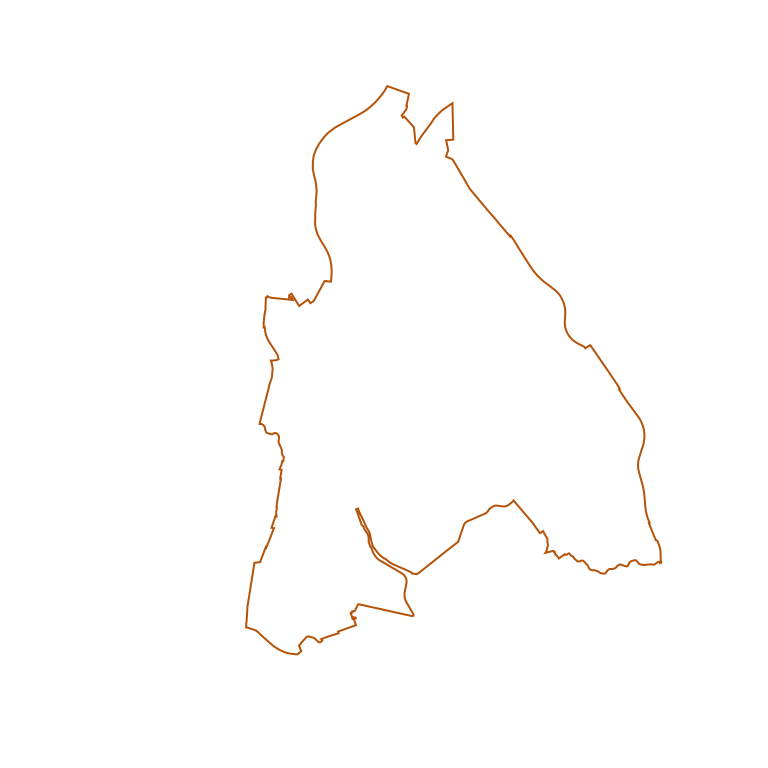 outline of Parramatta, New South Wales, Australia, rotated 67°
{"feature_id": "25037944B24816754384688", "entity_name": "Parramatta", "entity_type": "district", "adm_level": 2, "iso_a3": "AUS", "parent_name": "Australia", "parent_adm1": "New South Wales", "projection": "albers", "projection_center": [151.053, -33.808], "detail": "fine", "context": "isolated", "style": "outline", "palette": "amber", "viewbox_px": 768, "rotation_deg": 67, "n_neighbors": 0, "source": "geoboundaries", "source_scale": "gbopen_adm2", "svg_char_len": 6129}
<svg xmlns="http://www.w3.org/2000/svg" viewBox="0 0 768 768"><g transform="rotate(67 384 384)"><path d="M121.2,281.7L123.8,289.2L125.3,295.2L126.2,302.0L127.5,315.4L127.5,316.2L128.8,328.4L129.0,329.8L131.1,337.8L133.6,343.3L137.5,349.8L141.6,355.0L146.3,359.5L151.6,362.6L158.4,365.6L164.9,366.9L169.5,367.6L173.4,368.5L176.8,369.5L180.6,370.8L189.3,375.5L192.6,376.7L198.6,379.9L209.1,384.6L211.4,385.4L214.4,386.1L216.5,386.4L221.0,386.7L229.4,385.9L233.2,385.2L239.4,384.5L245.2,384.5L248.3,384.8L254.6,386.2L254.9,386.4L258.5,387.6L265.3,390.7L269.1,392.8L266.0,398.4L280.3,416.5L280.8,420.3L276.5,421.0L279.0,431.6L264.7,433.9L264.8,434.3L265.2,436.6L267.2,437.5L267.8,436.3L267.7,435.6L270.9,435.2L260.5,454.3L259.2,455.8L257.6,457.0L258.0,457.6L258.6,458.2L258.3,459.0L260.3,459.8L262.5,461.0L265.5,462.3L265.8,462.6L269.6,464.1L270.8,465.3L273.1,466.4L273.1,466.7L280.6,470.8L280.6,471.1L282.7,471.6L284.9,472.7L285.2,471.6L287.4,472.4L289.9,473.0L292.6,473.4L296.8,473.6L300.1,473.3L310.5,471.4L314.7,470.8L317.2,470.8L320.0,471.4L320.0,473.5L319.8,474.6L318.5,478.4L318.2,479.0L320.5,479.1L326.3,480.5L327.6,481.1L334.0,484.6L335.8,486.0L337.6,487.9L370.4,512.9L372.2,514.1L372.9,512.6L373.4,511.9L374.3,511.3L375.5,510.8L377.5,510.6L378.7,511.0L381.9,511.4L382.5,511.3L383.1,511.0L384.3,509.8L386.2,507.3L386.6,506.5L386.7,506.0L386.4,505.3L386.4,504.6L386.4,503.8L386.6,503.1L387.8,501.9L388.6,501.6L390.5,501.2L391.4,501.2L392.9,501.9L395.4,503.4L396.9,503.8L398.7,503.9L401.3,503.8L404.5,503.8L405.4,504.1L407.0,504.8L409.1,505.2L410.5,505.1L411.9,504.6L415.7,506.9L415.2,507.7L418.7,510.3L421.7,513.6L423.0,511.8L430.4,516.5L430.8,515.8L451.0,528.6L455.4,531.1L455.8,530.8L459.5,533.1L463.2,534.7L463.7,534.4L464.1,534.7L463.4,535.8L464.0,536.2L472.4,543.7L473.7,541.6L488.7,556.3L487.9,556.5L499.6,567.7L497.9,573.1L535.5,596.6L549.3,603.5L550.1,604.1L554.3,606.0L555.1,604.6L557.2,602.4L558.9,600.2L561.5,597.7L567.3,595.2L580.5,588.9L583.5,587.2L587.9,584.1L592.0,580.3L594.4,577.4L596.5,574.1L599.0,569.5L597.7,564.6L591.6,564.4L590.2,561.7L589.8,561.2L586.6,554.1L586.6,552.4L590.5,547.5L596.3,544.9L596.9,543.4L596.0,541.0L594.9,541.0L594.3,541.4L594.5,535.3L595.7,523.2L593.9,522.9L595.1,504.0L589.1,503.6L588.1,504.7L586.9,504.7L586.9,504.3L587.6,503.5L587.8,503.3L588.4,503.4L588.6,503.2L588.3,502.8L588.2,502.6L588.8,501.9L588.8,501.7L588.7,501.5L588.3,501.5L587.9,501.5L587.7,502.3L585.6,504.4L581.8,504.2L581.8,503.9L582.0,502.2L581.6,501.9L581.0,502.1L581.4,499.4L577.6,495.1L576.6,493.7L608.5,449.0L608.8,448.2L608.8,447.5L608.3,447.1L607.7,446.9L593.1,448.7L591.4,448.7L588.9,448.4L586.7,447.8L584.3,446.7L576.2,441.2L574.8,440.5L572.8,439.8L570.2,439.7L567.7,440.2L565.9,441.1L544.0,457.3L541.5,458.6L538.9,459.3L537.0,459.7L535.1,459.8L532.6,459.8L529.5,459.6L528.9,459.8L528.6,460.1L523.9,459.9L518.1,457.8L515.7,457.7L511.7,458.4L510.1,458.8L508.0,458.8L507.2,458.6L505.6,459.4L504.3,459.6L501.9,459.3L500.8,459.4L499.7,459.2L496.8,459.2L495.9,459.0L488.4,458.6L488.5,456.6L493.2,456.8L501.0,456.3L509.0,456.2L512.9,455.6L515.4,455.5L517.0,455.6L520.4,456.5L523.6,457.1L528.4,457.6L530.7,457.3L537.3,455.6L539.4,454.9L541.6,453.9L543.9,452.5L546.3,450.5L548.4,449.6L551.6,447.7L554.6,445.1L563.4,436.7L568.2,432.4L569.3,432.3L569.7,431.7L571.7,428.5L571.8,428.0L571.5,425.7L559.8,383.5L558.8,379.3L558.3,377.5L544.8,365.4L543.8,364.0L543.2,362.4L543.0,361.2L542.8,341.0L542.5,339.8L542.0,338.5L540.3,336.0L539.9,334.8L539.3,330.8L539.4,329.2L539.9,327.9L543.3,322.1L543.8,320.8L544.1,319.3L544.2,318.1L544.0,316.6L542.6,311.6L542.2,310.8L541.8,310.3L569.7,301.5L577.2,299.9L582.3,298.7L581.5,295.1L590.8,294.1L592.7,295.2L596.4,296.0L601.6,300.1L602.5,301.4L603.7,293.5L605.0,293.2L605.1,292.4L608.1,292.9L608.4,292.3L612.9,291.2L611.3,284.2L612.0,283.9L612.3,282.8L612.6,282.4L612.0,280.5L612.2,279.9L612.5,279.7L615.3,278.7L616.9,277.3L617.3,277.2L618.2,277.3L618.8,277.2L623.1,275.0L623.7,273.5L623.8,272.7L623.6,272.0L623.9,270.9L624.2,270.1L624.7,269.6L625.6,269.3L626.6,268.7L628.1,268.4L629.6,267.6L631.8,267.3L633.5,267.3L634.6,267.1L635.3,266.8L637.1,264.7L637.3,263.7L637.6,263.1L639.3,261.1L640.8,259.7L642.3,258.9L643.9,256.9L644.7,255.2L644.8,254.2L644.6,253.7L643.2,251.6L642.4,249.4L642.4,249.1L643.5,246.1L643.9,243.7L643.6,242.2L642.5,240.2L642.5,239.2L642.3,237.3L642.8,236.4L644.7,234.6L646.3,232.7L646.7,231.9L646.8,231.3L646.7,230.5L646.1,230.1L645.5,229.4L644.3,227.6L643.8,226.5L643.7,225.9L643.7,225.0L644.2,221.9L644.5,221.2L645.1,220.7L647.5,220.1L648.2,219.7L649.5,219.3L650.5,218.2L651.5,216.6L652.2,215.3L652.6,214.2L654.0,209.3L654.8,207.7L655.5,206.8L655.7,206.3L655.8,205.5L655.7,204.5L654.8,201.2L655.0,200.3L655.1,200.1L655.6,199.9L656.9,199.9L656.7,198.6L654.9,198.2L652.5,197.4L646.0,194.8L643.3,194.1L640.3,193.8L634.8,193.7L634.1,194.8L615.6,194.6L615.6,193.7L610.9,193.7L606.5,193.2L602.9,192.5L598.9,191.3L586.5,187.3L581.4,186.0L576.8,185.3L565.3,183.8L561.4,183.1L560.1,182.7L557.3,181.6L554.3,180.0L551.3,177.7L540.9,168.8L538.2,167.0L535.6,165.5L532.2,164.0L528.4,162.8L524.6,162.2L520.6,162.0L517.4,162.1L514.2,162.6L494.2,167.4L485.0,169.1L480.7,169.8L480.6,168.9L477.4,169.2L459.8,172.6L429.5,178.8L429.5,179.2L428.8,179.3L429.8,184.7L428.0,185.1L422.3,189.9L418.8,192.3L415.9,193.7L413.7,194.4L411.7,194.9L408.5,195.4L406.4,195.4L403.7,195.2L400.9,194.6L397.5,193.4L391.9,190.5L389.4,189.3L386.6,188.2L383.0,187.4L380.2,187.0L376.5,186.9L373.3,187.1L370.8,187.5L367.0,188.7L364.9,189.6L352.6,196.6L348.6,198.6L345.0,200.1L340.2,201.7L337.3,202.5L333.0,203.4L312.2,206.8L302.6,208.2L297.1,209.4L297.7,210.2L284.2,214.5L273.6,217.7L264.3,220.8L237.5,228.9L226.2,230.2L204.8,233.0L203.1,233.9L198.9,238.2L195.6,235.1L194.4,234.0L193.7,233.6L192.3,233.2L183.9,231.6L186.1,224.7L152.3,211.3L154.2,221.0L154.9,223.9L156.6,228.5L158.8,233.4L160.5,236.2L161.6,237.7L163.3,240.4L169.9,251.7L172.1,255.2L175.8,260.2L174.6,260.9L159.4,256.1L145.6,260.9L146.1,262.6L143.7,262.8L140.1,256.3L136.9,254.0L136.5,254.6L129.8,249.8L126.6,247.7L111.1,264.6L114.2,268.7L115.5,270.7L116.7,272.7L121.2,281.7Z" fill="none" stroke="#b45309" stroke-width="2"/></g></svg>